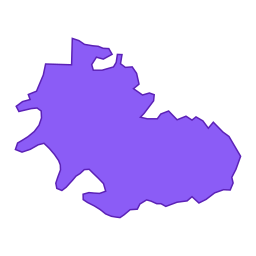 the district of Ametista do Sul, Rio Grande do Sul, Brazil
{"feature_id": "56859067B61027900204882", "entity_name": "Ametista do Sul", "entity_type": "district", "adm_level": 2, "iso_a3": "BRA", "parent_name": "Brazil", "parent_adm1": "Rio Grande do Sul", "projection": "orthographic", "projection_center": [-53.201, -27.36], "detail": "fine", "context": "isolated", "style": "filled", "palette": "violet", "viewbox_px": 256, "rotation_deg": 0, "n_neighbors": 0, "source": "geoboundaries", "source_scale": "gbopen_adm2", "svg_char_len": 1460}
<svg xmlns="http://www.w3.org/2000/svg" viewBox="0 0 256 256"><path d="M108.8,48.6L103.1,48.3L98.2,46.3L92.9,45.8L84.5,44.4L78.9,40.6L72.3,38.4L71.6,64.8L45.6,64.0L43.3,75.0L36.5,91.2L28.3,94.5L30.1,99.5L22.5,101.6L16.2,106.3L18.9,111.5L31.2,108.6L37.1,108.0L41.2,111.0L41.5,118.0L39.0,125.3L34.3,131.5L27.8,136.8L21.9,140.5L17.6,143.0L15.4,149.5L22.0,152.1L30.3,149.3L38.2,144.8L44.0,143.3L49.4,148.5L54.5,154.5L58.6,160.5L60.3,164.9L60.5,169.9L57.7,177.4L55.8,183.2L56.8,188.4L61.9,190.5L66.1,187.3L72.9,179.8L76.0,176.1L80.1,173.5L84.3,169.6L89.2,169.3L93.0,173.1L98.3,178.2L103.5,183.6L105.7,191.2L99.6,193.4L94.3,193.1L88.9,192.6L83.1,194.2L83.2,199.6L87.4,202.4L94.3,205.9L100.1,209.5L105.6,213.9L111.4,216.3L115.6,217.0L120.0,217.6L124.2,214.7L130.1,209.7L137.3,209.2L139.9,204.0L146.6,199.9L151.0,201.1L156.7,203.7L161.0,203.7L165.8,206.4L177.1,202.2L187.1,200.9L192.0,196.7L198.9,203.0L206.1,199.4L214.6,192.9L223.5,189.7L230.2,190.0L233.1,183.0L231.8,177.3L235.9,169.4L240.6,156.3L229.0,136.5L223.0,132.1L213.3,122.2L208.3,128.2L202.9,120.9L196.0,116.9L192.0,120.1L186.0,116.2L177.1,119.8L168.6,111.0L160.8,114.0L157.3,118.8L147.3,118.8L140.4,117.2L144.0,113.5L153.6,100.8L154.2,94.7L149.4,93.0L142.5,95.0L133.5,88.7L139.0,84.1L136.6,73.4L132.2,66.9L125.3,67.4L120.5,63.7L122.0,54.6L117.4,54.4L116.2,62.4L113.5,66.9L102.1,70.2L93.3,70.2L91.7,64.6L96.4,57.2L103.3,59.1L112.1,54.3L108.8,48.6Z" fill="#8b5cf6" stroke="#5b21b6" stroke-width="1.5"/></svg>